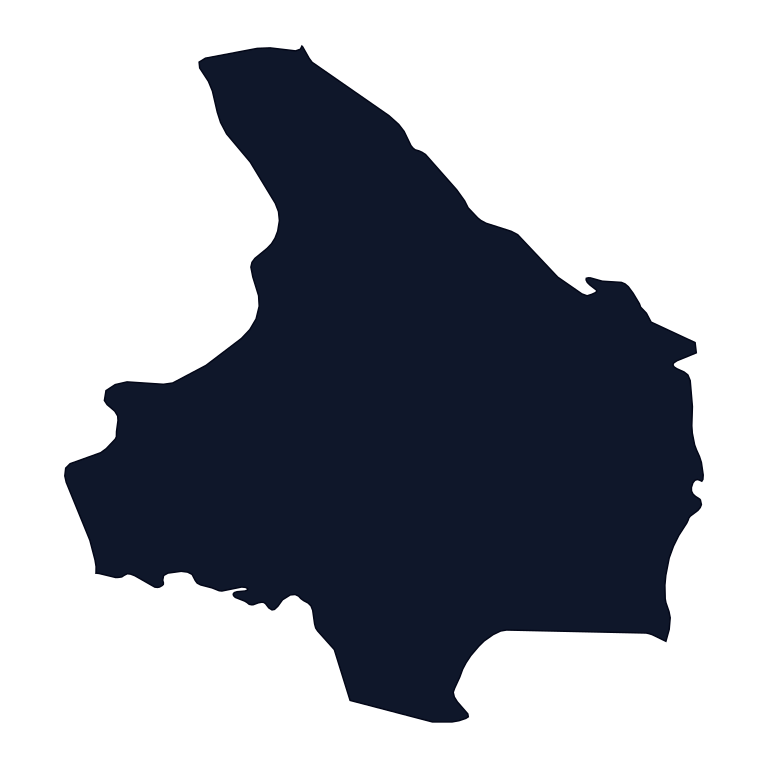 Värmland, Natural Earth projection
{"feature_id": "SWE-188", "entity_name": "Värmland", "entity_type": "County", "adm_level": 1, "iso_a3": "SWE", "parent_name": "Sweden", "parent_adm1": "", "projection": "natural_earth1", "projection_center": [13.103, 59.9], "detail": "fine", "context": "isolated", "style": "filled", "palette": "ink", "viewbox_px": 768, "rotation_deg": 0, "n_neighbors": 0, "source": "natural_earth", "source_scale": "10m", "svg_char_len": 2916}
<svg xmlns="http://www.w3.org/2000/svg" viewBox="0 0 768 768"><path d="M295.6,50.9L300.4,49.2L301.9,46.1L302.7,46.9L309.2,58.4L312.1,62.3L389.0,115.7L398.7,124.4L404.1,131.4L410.9,145.5L412.8,147.9L415.1,149.8L419.0,150.9L422.1,152.3L425.6,154.6L456.7,189.8L464.6,200.8L468.1,207.8L468.6,208.3L477.7,217.9L480.8,220.4L485.9,223.2L511.2,231.3L517.7,234.7L557.7,277.1L581.9,293.9L587.1,295.8L591.8,294.3L595.5,292.6L596.7,291.3L596.6,290.2L589.8,284.9L587.3,282.4L586.1,279.9L586.3,278.3L588.3,277.8L590.5,277.9L602.3,281.2L621.4,282.4L625.0,283.9L628.3,286.7L633.1,293.2L639.4,303.7L640.6,307.1L646.4,313.2L651.1,322.1L695.1,342.6L696.3,352.8L677.0,360.7L673.6,363.0L672.9,365.1L674.2,367.0L676.8,368.7L684.1,372.0L687.9,375.0L690.2,380.6L692.4,406.6L691.8,425.8L692.3,433.1L694.6,444.8L696.5,449.9L699.5,456.6L701.4,462.5L703.2,475.0L702.9,479.4L701.8,481.2L699.2,480.0L697.2,479.5L694.9,480.3L692.9,482.8L691.4,487.5L691.5,491.1L693.0,494.1L695.5,496.4L699.7,499.1L700.4,500.0L701.4,504.6L700.2,507.6L697.9,510.4L690.2,516.2L688.8,518.1L688.2,520.0L686.8,523.0L678.8,535.4L673.5,546.1L669.2,557.9L665.8,575.4L664.9,585.2L665.2,598.7L665.9,602.6L669.0,611.6L670.2,617.8L669.2,629.4L665.9,641.3L652.1,634.6L648.9,633.6L646.2,633.0L506.6,630.0L500.6,631.0L493.1,634.6L484.2,640.9L478.8,646.2L470.8,655.6L466.1,662.7L462.7,669.1L459.8,677.0L454.6,688.3L453.2,692.3L454.3,697.0L457.3,701.8L467.8,713.9L468.3,716.8L465.8,718.4L459.0,720.7L452.2,721.9L432.3,721.9L350.1,700.4L334.3,649.6L317.6,630.9L315.7,628.0L314.6,623.9L312.7,610.3L311.0,605.9L308.1,603.0L303.6,600.6L300.9,598.6L298.6,596.1L295.2,594.5L290.3,594.9L282.5,599.8L277.8,606.3L274.5,609.4L272.0,609.9L268.8,607.9L265.5,603.6L263.7,602.4L261.8,602.2L258.4,602.8L253.3,604.7L251.7,604.8L249.2,604.3L247.0,602.5L244.7,601.1L235.3,597.4L233.6,595.7L233.2,594.1L234.3,592.6L237.1,591.7L245.2,591.0L247.4,590.0L247.7,588.6L245.6,587.4L241.7,587.0L221.9,591.0L219.1,590.7L212.1,587.9L200.6,584.9L197.2,583.1L195.3,580.6L192.1,574.4L187.6,572.1L181.2,571.3L167.9,573.1L163.6,575.5L162.7,580.2L163.4,582.8L163.3,584.4L162.2,585.5L159.6,587.0L157.5,587.4L154.8,587.1L134.8,575.7L130.6,574.1L127.3,573.7L124.0,575.4L121.8,576.9L118.4,577.4L115.7,577.5L99.2,573.5L95.9,573.1L96.0,572.8L96.1,566.6L95.0,559.9L89.9,540.3L66.2,482.2L64.8,475.9L65.7,468.1L70.1,463.7L100.7,452.7L106.2,448.7L115.2,439.2L116.4,436.8L116.5,431.6L118.0,420.5L117.7,416.0L114.9,411.3L113.6,410.1L107.1,404.6L104.4,400.5L106.0,390.6L111.7,386.9L115.2,384.6L127.0,381.9L163.4,384.3L172.7,383.0L206.0,365.4L241.5,338.4L249.8,329.6L256.1,318.9L259.2,306.2L258.6,295.7L252.8,276.9L250.9,267.1L252.0,262.3L254.9,258.4L267.1,248.4L271.5,243.8L275.0,238.2L277.7,231.2L279.4,220.7L278.5,211.6L275.3,203.3L250.2,162.0L226.6,133.9L220.6,122.5L217.3,112.2L212.4,91.0L208.4,81.3L199.7,68.0L199.1,62.1L205.4,58.2L257.2,48.4L270.2,47.9L295.6,50.9Z" fill="#0f172a" stroke="#020617" stroke-width="1.5"/></svg>